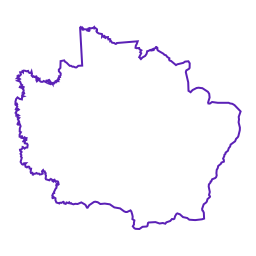 El Carmen De Chucuri, Santander, Colombia
{"feature_id": "7082276B87147370357978", "entity_name": "El Carmen De Chucuri", "entity_type": "district", "adm_level": 2, "iso_a3": "COL", "parent_name": "Colombia", "parent_adm1": "Santander", "projection": "mercator", "projection_center": [-73.616, 6.671], "detail": "fine", "context": "isolated", "style": "outline", "palette": "violet", "viewbox_px": 256, "rotation_deg": 0, "n_neighbors": 0, "source": "geoboundaries", "source_scale": "gbopen_adm2", "svg_char_len": 5581}
<svg xmlns="http://www.w3.org/2000/svg" viewBox="0 0 256 256"><path d="M240.6,111.4L234.5,105.1L232.3,103.8L229.9,103.4L228.7,102.8L217.8,102.8L212.1,102.0L209.8,103.6L208.4,103.5L208.1,102.5L209.6,97.5L209.2,93.8L207.9,91.8L202.4,88.2L198.5,87.7L196.6,88.0L192.5,90.1L190.6,92.2L188.5,90.8L188.2,82.3L185.8,72.1L186.3,70.4L188.9,68.9L189.6,67.9L189.7,63.3L188.4,61.3L185.1,61.6L183.2,62.9L177.3,64.3L176.0,65.1L171.1,61.0L169.5,60.4L169.1,59.5L169.4,58.3L167.3,57.0L166.0,55.3L164.4,54.8L163.4,53.7L158.1,50.6L157.3,49.6L157.4,47.9L156.4,47.0L155.9,47.1L155.5,48.1L153.5,48.8L153.7,49.3L152.5,49.5L153.0,50.2L151.2,50.5L151.0,49.9L150.1,50.0L148.1,51.1L147.2,51.2L146.6,53.8L145.2,55.9L142.4,57.5L140.9,59.1L140.1,58.3L139.9,57.6L139.2,57.2L141.2,53.2L140.2,52.2L140.7,51.7L140.7,50.9L141.3,50.3L139.5,49.3L139.1,48.0L136.5,48.2L135.5,47.8L135.9,45.3L136.5,44.6L137.7,41.3L116.9,43.0L116.4,43.7L115.5,43.9L114.2,43.0L112.1,42.7L111.0,41.1L110.2,41.3L110.2,39.2L109.4,39.0L108.4,39.4L107.8,37.8L107.9,37.1L105.7,37.2L105.5,37.9L104.0,37.1L104.7,36.3L104.4,35.9L103.3,36.4L102.6,35.7L102.1,36.3L102.2,34.5L101.9,34.0L98.9,33.5L97.0,32.3L96.4,31.1L97.0,30.7L97.0,29.3L95.1,27.8L94.4,28.3L94.1,27.1L93.3,27.8L91.7,28.2L90.5,28.4L89.8,28.0L88.3,28.5L88.1,28.9L89.1,29.1L89.5,29.9L89.5,30.6L89.0,31.0L87.1,30.5L86.5,29.3L84.0,29.3L83.0,28.3L83.0,29.7L82.5,29.7L81.9,28.2L80.8,27.0L80.1,27.6L82.2,65.6L78.3,65.8L76.5,67.4L75.3,67.4L73.5,66.6L72.4,66.7L71.0,65.8L69.7,65.8L66.5,62.6L65.1,61.8L64.2,60.4L60.6,61.1L60.4,67.9L58.8,69.7L58.9,71.3L60.7,73.4L60.6,75.3L59.9,76.3L59.4,76.3L59.8,77.1L58.9,77.3L58.3,78.3L58.2,78.7L58.8,78.6L59.1,79.4L58.0,80.3L57.6,80.0L56.8,80.5L57.5,81.1L56.4,81.1L56.7,81.6L56.0,82.3L55.3,81.7L55.0,82.4L54.4,82.4L54.2,83.0L53.6,83.0L53.6,83.5L52.7,83.3L52.7,84.1L52.1,83.2L50.8,84.2L48.8,83.5L50.6,82.0L49.1,79.9L48.6,80.1L47.9,81.7L47.0,81.6L46.9,80.6L46.4,80.6L46.0,81.4L46.2,82.3L43.7,81.0L42.9,81.7L42.0,81.9L40.5,81.6L39.6,80.6L39.6,78.7L38.6,78.9L38.5,79.8L36.9,81.3L36.4,80.3L36.4,79.2L37.3,77.9L36.3,77.8L36.5,76.5L36.2,76.3L35.1,77.1L34.3,77.0L33.7,76.2L32.8,76.8L31.6,75.5L32.0,73.8L31.5,71.5L30.9,72.9L29.8,73.0L28.7,72.4L28.1,70.9L26.5,71.3L24.9,70.7L23.5,70.6L23.0,71.0L23.0,72.1L22.3,71.4L22.0,72.2L20.2,72.3L20.9,74.6L19.6,75.9L18.4,75.4L17.5,76.1L17.8,76.6L18.1,76.1L18.9,76.3L17.2,78.1L18.7,78.0L19.9,79.0L17.3,80.6L20.1,81.6L21.1,84.3L22.1,85.0L21.4,86.3L20.1,86.5L19.8,87.2L21.2,87.7L21.6,86.6L23.6,86.9L23.6,87.7L22.7,88.8L23.7,90.2L23.6,91.3L22.7,92.7L24.0,92.9L24.2,93.4L22.1,95.3L22.2,95.8L23.6,96.3L22.1,96.8L21.9,99.4L19.6,98.9L17.5,97.4L16.1,99.1L15.4,102.0L15.7,103.2L16.8,103.5L17.0,104.0L15.4,104.0L15.4,104.4L15.6,104.9L16.9,105.6L17.3,106.4L15.8,109.4L16.3,109.7L18.1,108.9L18.8,109.6L16.7,110.9L15.6,112.8L16.2,113.1L16.3,115.5L17.9,114.8L18.8,115.5L17.8,115.9L17.4,117.1L17.6,117.6L19.1,118.0L17.9,119.3L19.2,121.7L19.3,123.7L19.0,124.0L18.1,122.8L17.5,124.1L18.1,124.7L19.9,124.4L20.6,126.2L19.8,128.4L19.7,131.2L19.7,131.6L20.9,132.2L19.6,134.5L19.6,136.7L20.1,136.9L21.9,136.2L22.2,136.8L21.7,137.9L23.7,138.1L24.6,137.3L25.6,138.2L26.5,138.1L26.3,140.0L24.2,139.8L23.3,141.4L24.9,141.8L24.8,143.3L27.1,143.7L27.7,144.9L27.3,147.5L25.8,147.6L24.5,148.6L23.2,147.2L22.6,147.0L22.5,148.1L21.5,149.4L20.0,149.7L20.2,150.8L21.6,152.0L20.5,153.8L21.4,155.1L20.9,156.6L21.8,157.6L20.6,161.9L22.0,164.2L22.9,164.6L23.6,164.4L24.0,163.3L26.0,163.2L25.1,164.2L25.5,166.7L26.9,167.4L27.6,166.8L28.8,166.6L29.3,167.0L29.6,168.5L31.1,168.7L30.6,171.9L31.0,173.0L32.3,172.8L32.7,174.6L33.2,174.6L33.4,173.7L34.9,173.8L36.6,173.0L37.3,173.7L39.1,173.7L39.7,174.5L41.5,174.2L42.7,173.6L42.0,171.3L43.1,170.1L43.6,171.1L44.8,171.5L44.8,172.6L45.7,173.2L45.4,174.4L46.0,175.6L45.6,178.5L46.0,179.3L49.3,180.3L49.9,179.5L50.5,179.5L50.9,179.0L52.3,179.9L52.3,180.8L53.4,181.6L54.1,180.7L54.0,179.9L54.5,179.7L55.5,181.5L56.8,181.2L58.0,181.6L58.5,183.3L58.2,183.7L57.5,183.7L58.4,184.5L58.0,184.8L56.9,184.4L56.3,184.9L56.2,185.6L56.7,186.4L56.3,188.1L55.7,188.5L54.0,192.0L54.2,193.1L53.1,193.5L52.3,195.6L52.8,196.1L52.4,197.2L52.6,198.1L53.1,198.1L54.0,197.3L55.5,198.3L55.4,200.1L56.4,202.5L59.3,203.4L59.5,202.9L60.6,202.7L61.4,202.9L63.3,201.8L63.7,202.0L64.1,203.4L65.7,203.9L66.5,202.5L68.4,203.1L69.2,202.3L70.2,203.5L71.1,203.2L71.5,203.7L73.4,204.3L75.3,203.8L77.6,204.0L81.3,202.4L84.8,204.4L85.7,205.2L86.9,207.6L87.6,207.7L89.2,205.2L93.9,202.0L95.2,201.7L97.7,202.2L100.3,204.0L104.8,203.6L109.8,204.3L114.3,207.4L120.1,208.4L124.2,211.4L125.7,212.0L127.0,212.0L130.5,210.4L131.3,211.4L132.3,214.7L132.7,216.8L132.4,219.1L134.4,220.4L133.9,222.8L134.0,224.4L132.8,226.3L134.3,228.2L135.4,228.8L139.4,229.0L142.5,226.8L146.7,226.5L147.5,225.8L148.0,223.0L148.6,222.5L155.5,222.1L159.6,223.5L162.8,223.0L165.3,223.7L166.4,222.3L170.2,221.0L172.0,219.0L173.6,219.2L174.4,218.7L175.1,216.2L176.4,214.0L177.3,213.4L179.9,214.3L183.0,217.1L187.2,218.0L189.3,219.7L195.2,220.1L202.0,219.3L204.1,218.6L203.8,212.7L203.0,210.9L202.4,210.5L202.1,208.9L203.7,204.3L206.0,202.6L206.8,201.6L207.5,199.1L209.8,197.1L210.0,196.4L209.0,195.0L209.8,192.0L208.7,186.6L208.9,184.4L210.6,182.4L210.6,181.5L211.4,181.1L212.1,179.3L215.1,178.1L216.1,177.2L216.7,175.4L216.4,173.2L216.7,169.9L217.7,168.2L218.2,166.0L220.9,163.8L221.4,162.6L223.9,161.6L223.8,159.8L223.1,158.7L224.3,156.0L224.4,154.8L225.5,153.7L225.6,152.6L227.9,150.8L228.8,148.1L230.1,146.6L230.6,144.6L235.1,141.3L236.1,138.8L237.7,137.3L238.3,136.3L239.8,130.2L239.9,127.6L238.6,122.3L239.0,119.3L238.7,116.9L240.6,111.4Z" fill="none" stroke="#5b21b6" stroke-width="2"/></svg>